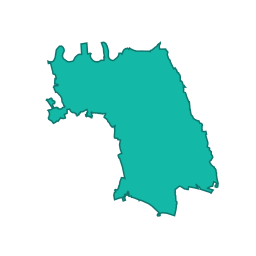 Somes-Odorhei, Salaj, Romania (Equal Earth projection), rotated 255°
{"feature_id": "2599482B11823092224624", "entity_name": "Somes-Odorhei", "entity_type": "district", "adm_level": 2, "iso_a3": "ROU", "parent_name": "Romania", "parent_adm1": "Salaj", "projection": "equal_earth", "projection_center": [23.214, 47.334], "detail": "fine", "context": "isolated", "style": "filled", "palette": "teal", "viewbox_px": 256, "rotation_deg": 255, "n_neighbors": 0, "source": "geoboundaries", "source_scale": "gbopen_adm2", "svg_char_len": 5810}
<svg xmlns="http://www.w3.org/2000/svg" viewBox="0 0 256 256"><g transform="rotate(255 128 128)"><path d="M49.9,194.7L53.8,196.8L52.7,198.5L51.6,199.5L50.6,198.4L50.0,198.3L50.0,198.0L49.8,197.8L49.8,197.4L49.6,197.2L48.6,197.1L48.6,197.4L47.8,197.9L47.9,199.4L51.2,200.7L55.7,200.8L59.2,201.2L62.0,201.9L63.1,201.7L65.0,202.1L66.3,201.6L67.0,201.0L67.9,201.2L68.3,200.6L70.7,199.0L74.1,197.9L75.3,199.2L75.5,200.2L76.6,201.0L77.7,202.3L79.7,202.2L81.2,201.6L83.0,202.2L83.8,202.2L85.6,200.9L87.4,201.6L89.4,199.6L91.5,200.8L93.1,201.3L100.5,201.2L101.5,201.3L101.7,202.3L104.6,202.3L104.6,201.7L105.3,199.2L105.9,198.7L106.5,198.6L107.2,199.2L107.9,199.1L111.0,200.1L111.1,200.4L111.7,200.7L112.8,200.4L113.6,199.8L114.0,198.7L116.6,198.2L116.6,197.6L118.5,195.2L120.3,193.7L122.7,193.3L124.5,192.5L125.5,192.4L130.1,192.9L130.4,192.4L131.6,193.0L136.8,193.9L136.6,193.6L143.3,192.7L146.6,192.7L147.4,192.4L148.0,191.4L148.8,191.0L151.2,191.9L153.1,192.0L152.7,193.9L153.5,193.4L154.6,193.2L155.4,192.3L158.1,192.3L159.5,191.8L159.6,191.2L159.9,190.7L164.2,191.8L166.3,191.7L166.8,191.2L168.2,191.1L168.4,190.5L169.4,190.2L169.6,189.8L171.4,190.0L172.2,189.4L173.7,189.2L173.8,188.4L173.3,187.9L173.3,187.4L181.6,185.9L182.4,186.2L184.4,185.1L188.7,184.9L191.0,186.1L193.1,185.2L193.6,184.7L194.5,184.8L195.9,179.2L196.2,179.0L198.5,179.2L199.4,179.5L201.3,181.0L202.0,181.2L200.7,178.2L199.3,176.8L199.1,175.7L197.1,171.3L197.0,169.6L196.1,169.2L196.9,167.5L200.0,156.3L201.2,154.1L203.1,151.7L204.8,150.2L203.7,149.2L205.2,148.3L205.0,146.6L205.3,146.3L204.6,144.4L204.2,143.8L200.9,141.2L202.0,140.6L202.5,138.7L199.8,137.2L198.7,135.4L197.3,132.4L197.0,130.9L198.1,129.1L199.4,128.1L200.7,127.6L202.9,127.7L207.3,129.0L212.4,129.0L215.4,128.4L216.6,127.3L217.1,126.5L217.3,125.0L217.2,124.4L211.4,124.9L207.1,124.1L202.6,123.8L202.7,123.0L201.1,122.8L199.6,122.3L200.4,119.4L199.9,118.0L199.5,116.1L199.9,115.9L199.8,115.3L200.8,113.1L201.8,111.9L203.3,111.0L205.5,110.2L207.4,110.2L208.8,110.9L209.3,111.5L209.8,111.2L210.0,110.3L209.9,108.3L210.6,108.2L220.7,110.2L221.3,104.4L211.1,102.3L211.8,99.8L211.6,98.4L210.0,95.3L207.1,92.7L206.8,91.6L207.1,88.3L207.7,86.8L211.6,83.6L212.8,83.3L214.5,83.3L216.9,84.5L218.0,85.6L219.3,86.4L221.4,86.5L222.9,86.0L224.3,85.0L224.7,82.9L222.8,80.0L221.8,78.9L214.9,75.9L213.0,74.4L212.0,73.2L211.6,72.1L211.8,70.7L212.2,69.4L213.2,68.0L210.9,67.8L210.8,70.0L202.0,69.9L199.8,69.6L199.3,70.0L199.3,70.5L198.6,71.4L197.0,71.6L194.2,71.5L194.6,70.3L189.7,68.6L188.1,71.5L187.3,71.4L187.5,70.8L187.2,70.3L187.5,69.6L187.4,68.8L188.0,68.4L188.0,67.9L187.5,67.3L186.9,67.1L186.7,66.6L185.3,67.1L183.8,66.9L183.0,67.4L181.3,67.3L181.3,68.0L180.3,69.0L176.5,71.0L173.9,71.7L170.2,71.1L168.2,71.8L166.5,71.8L165.7,72.5L164.8,72.3L164.6,72.2L164.8,71.2L164.6,69.9L163.6,68.8L164.3,66.1L164.9,65.6L164.9,65.1L165.1,64.9L165.9,65.4L166.6,64.0L166.2,61.4L166.5,61.1L166.5,60.7L167.5,61.5L169.7,60.9L170.3,61.1L170.6,61.5L170.6,63.3L171.1,63.4L171.4,63.9L172.8,64.1L173.4,63.2L173.9,62.9L173.8,62.4L174.1,62.1L175.9,62.1L176.5,61.8L176.7,60.7L176.4,60.3L176.0,58.4L176.7,57.2L176.2,56.4L175.8,56.4L175.8,57.0L166.5,60.2L165.6,58.5L165.9,55.8L165.8,55.3L165.2,55.7L162.7,56.0L160.5,55.3L158.7,54.1L158.4,53.7L156.9,53.8L154.3,56.2L151.8,57.2L152.3,59.6L153.0,60.7L153.1,61.6L152.6,62.1L155.4,65.8L154.6,66.2L154.4,67.2L153.9,67.6L153.8,69.7L154.0,70.2L157.5,70.0L158.0,73.0L161.7,74.0L161.3,76.4L160.6,76.9L159.9,76.6L158.5,77.3L157.3,78.4L157.0,79.1L157.0,79.9L155.4,81.2L155.1,81.7L154.0,81.4L153.4,82.3L153.0,82.2L153.6,84.2L154.6,84.3L154.9,85.8L155.6,86.1L155.9,86.6L155.7,87.1L155.4,88.6L156.6,93.0L153.8,93.2L153.5,92.6L152.0,92.2L151.7,91.8L152.0,91.7L151.4,91.5L151.2,91.0L151.7,90.5L150.5,90.3L149.7,91.0L150.0,91.4L150.0,92.1L148.6,94.2L149.0,94.3L148.5,94.9L147.5,95.0L147.3,95.4L147.3,95.7L148.3,95.8L148.4,96.3L149.1,96.3L149.3,96.7L150.7,96.3L152.3,96.4L152.3,97.0L152.6,97.2L151.7,97.6L151.5,98.3L151.7,98.9L150.8,100.7L150.6,102.0L149.9,103.0L149.7,103.9L149.1,104.9L149.4,105.2L148.9,106.4L148.4,106.5L148.2,106.9L148.1,107.6L148.2,108.1L147.8,110.1L146.4,109.4L145.7,108.3L144.5,107.7L142.3,109.5L141.0,110.2L139.4,110.3L137.5,111.4L134.6,111.9L134.2,112.6L132.9,112.9L133.6,116.0L132.4,115.6L132.4,114.7L130.4,114.9L127.6,114.1L123.5,112.6L121.9,112.4L120.5,115.4L119.4,115.2L118.4,117.6L114.0,115.5L109.9,115.1L105.1,115.4L105.0,113.6L104.3,111.4L101.4,111.5L101.1,112.1L91.9,112.6L80.1,111.9L81.2,110.5L81.7,108.9L81.3,108.9L80.8,108.2L78.3,106.4L74.4,104.6L74.2,104.5L74.3,104.1L73.1,103.4L72.5,103.4L71.5,102.3L71.0,101.3L71.7,100.4L71.3,99.6L71.6,99.5L71.4,99.1L70.3,99.6L69.5,99.6L69.3,98.3L66.7,96.9L62.2,96.5L62.6,101.5L62.5,103.7L61.8,104.4L58.8,104.5L59.0,106.8L61.0,106.7L61.4,106.2L62.9,105.8L62.7,106.7L62.1,107.0L62.9,108.2L62.8,107.8L63.9,107.5L63.6,108.9L63.9,108.8L64.0,107.8L64.6,107.7L64.6,109.1L63.6,109.1L63.5,109.5L64.6,109.5L64.6,110.1L63.9,110.4L65.3,111.3L65.3,110.9L66.0,110.6L66.7,111.5L66.1,112.0L65.3,111.7L64.0,111.9L62.5,111.1L61.7,111.3L61.6,113.4L60.2,113.4L60.0,114.2L58.4,116.6L55.9,119.9L55.2,120.0L55.6,120.4L54.2,122.7L49.6,128.3L46.7,130.8L38.2,136.1L37.2,136.1L37.1,135.3L37.5,135.1L36.8,134.1L36.1,134.3L35.9,133.8L35.4,134.0L35.0,136.0L35.5,136.5L36.5,136.2L37.5,138.4L35.8,143.3L31.3,150.3L36.8,153.2L38.4,153.8L39.6,154.4L41.7,155.0L42.2,155.7L44.3,156.0L44.9,155.4L45.4,155.4L50.3,156.5L52.6,156.4L53.5,157.1L55.9,157.4L56.7,158.0L56.9,159.0L58.2,161.7L58.4,162.6L58.1,163.6L54.5,166.9L54.3,167.9L53.5,168.8L53.0,170.2L55.5,171.4L55.6,171.7L55.0,172.6L52.9,177.0L51.1,180.2L52.9,179.8L53.9,179.1L56.4,179.4L54.9,179.6L54.5,180.1L53.5,180.4L52.4,181.7L50.0,182.3L44.7,190.5L43.6,191.4L45.3,193.1L46.0,194.2L48.9,189.6L49.3,189.3L50.1,192.4L49.9,194.7Z" fill="#14b8a6" stroke="#0f766e" stroke-width="1.5"/></g></svg>